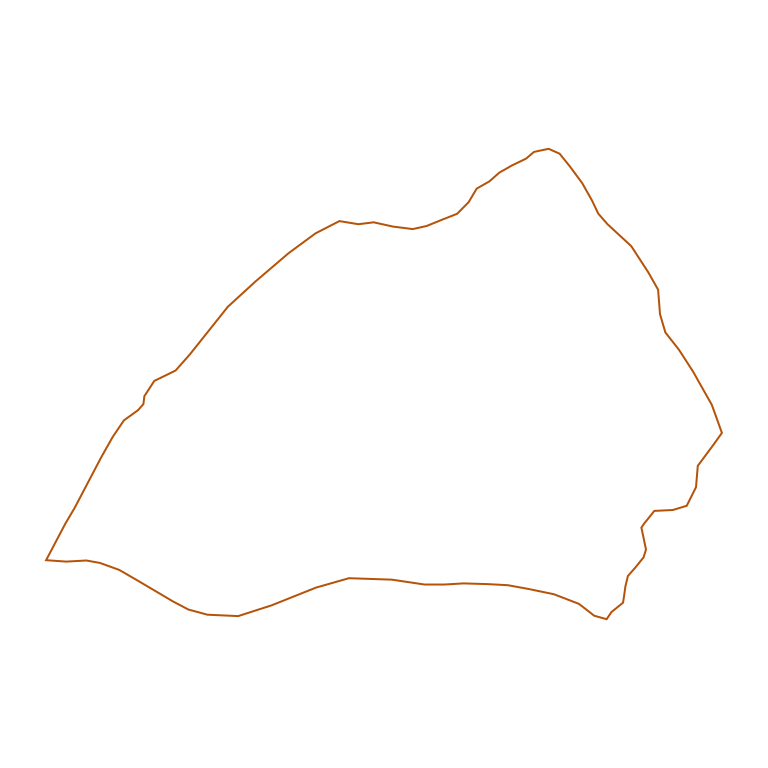 the district of Dweh, Grand Kru, Liberia
{"feature_id": "62588387B41100614633328", "entity_name": "Dweh", "entity_type": "district", "adm_level": 2, "iso_a3": "LBR", "parent_name": "Liberia", "parent_adm1": "Grand Kru", "projection": "albers", "projection_center": [-8.062, 5.074], "detail": "fine", "context": "isolated", "style": "outline", "palette": "amber", "viewbox_px": 768, "rotation_deg": 0, "n_neighbors": 0, "source": "geoboundaries", "source_scale": "gbopen_adm2", "svg_char_len": 1333}
<svg xmlns="http://www.w3.org/2000/svg" viewBox="0 0 768 768"><path d="M154.3,380.9L144.4,396.1L143.4,404.1L138.1,410.1L123.9,420.4L112.7,436.9L101.1,457.5L74.8,507.6L65.2,523.9L46.1,560.2L66.3,561.6L86.3,560.5L99.8,562.9L119.2,569.9L137.2,580.3L157.2,592.1L166.5,597.6L173.1,601.5L188.3,609.5L207.4,614.7L238.2,616.1L271.7,605.3L316.0,587.6L349.0,578.2L384.2,579.4L391.5,579.6L424.4,584.5L442.1,584.5L444.8,584.5L463.5,583.4L487.4,584.1L507.8,585.2L527.1,588.7L553.8,594.2L579.0,603.9L594.2,615.7L606.6,619.2L611.5,612.0L623.0,602.7L624.0,596.6L625.4,586.4L627.9,576.0L635.3,567.6L643.6,557.3L646.0,549.5L643.3,536.6L641.4,527.6L644.6,522.9L646.3,520.9L654.3,510.9L672.8,510.0L686.7,505.8L696.0,487.2L697.8,465.8L714.0,444.0L721.9,432.9L716.4,417.5L711.8,404.8L697.9,380.2L693.5,372.3L689.4,365.9L678.9,349.7L665.4,332.5L660.0,314.2L658.1,289.7L648.4,272.5L631.3,246.2L607.5,224.2L598.3,213.7L591.9,200.3L582.2,183.1L580.7,181.1L570.0,166.6L559.6,153.7L548.6,148.8L534.0,151.9L526.1,158.6L512.0,165.4L499.2,172.7L489.5,181.3L476.7,188.6L468.7,202.1L457.1,213.8L443.1,219.3L426.6,226.0L412.6,229.1L403.5,227.9L393.1,226.6L373.6,222.3L367.4,223.1L358.3,224.2L339.4,221.1L315.6,233.3L297.1,246.9L288.2,253.5L281.3,259.4L255.2,281.7L227.8,306.8L189.7,354.6L175.6,370.5L154.3,380.9Z" fill="none" stroke="#b45309" stroke-width="2"/></svg>